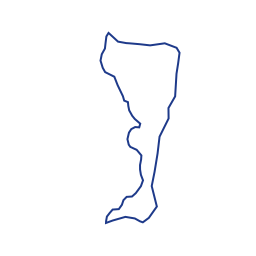 Mesa Geitonia, Limassol, Cyprus (Natural Earth projection), rotated 209°
{"feature_id": "46923920B41585698433240", "entity_name": "Mesa Geitonia", "entity_type": "district", "adm_level": 2, "iso_a3": "CYP", "parent_name": "Cyprus", "parent_adm1": "Limassol", "projection": "natural_earth1", "projection_center": [33.042, 34.71], "detail": "fine", "context": "isolated", "style": "outline", "palette": "blue", "viewbox_px": 256, "rotation_deg": 209, "n_neighbors": 0, "source": "geoboundaries", "source_scale": "gbopen_adm2", "svg_char_len": 968}
<svg xmlns="http://www.w3.org/2000/svg" viewBox="0 0 256 256"><g transform="rotate(209 128 128)"><path d="M66.2,59.5L64.7,73.3L79.1,88.7L83.5,102.5L89.8,120.1L96.2,135.7L97.1,156.0L102.3,165.1L102.1,178.5L111.9,199.0L115.4,208.6L119.4,218.8L124.4,221.7L136.9,219.9L148.7,211.0L158.3,207.0L167.5,202.9L170.7,201.4L178.6,198.7L188.9,201.2L191.1,201.7L191.3,197.6L188.9,191.6L186.7,186.3L186.7,179.8L184.7,173.6L179.3,168.4L175.1,165.8L164.8,166.2L157.8,160.4L147.8,153.3L144.6,150.1L140.6,150.6L138.4,147.4L135.5,144.0L130.2,140.7L126.5,139.2L119.4,137.7L118.5,134.0L122.2,132.3L124.6,128.6L124.9,124.4L123.1,118.0L119.3,113.8L116.8,112.6L109.8,113.1L103.0,110.5L101.3,106.9L99.5,101.4L97.3,97.5L94.0,93.3L89.5,89.5L88.5,83.4L89.6,74.8L91.3,70.0L95.8,67.1L97.0,62.7L96.1,57.9L96.7,52.6L101.9,49.2L102.8,44.9L103.5,40.3L102.0,35.9L101.2,34.3L96.5,39.7L87.2,49.0L78.2,52.2L74.5,52.2L72.3,52.2L69.3,52.7L66.2,59.5Z" fill="none" stroke="#1e3a8a" stroke-width="2"/></g></svg>